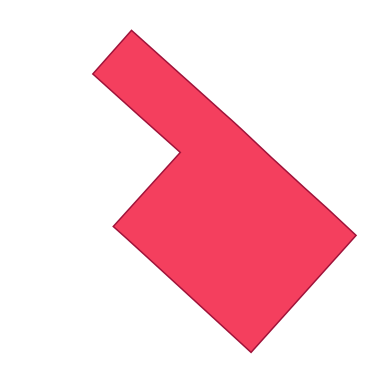 the district of Christian, Missouri, United States of America, rotated 41°
{"feature_id": "52423323B44672295900788", "entity_name": "Christian", "entity_type": "district", "adm_level": 2, "iso_a3": "USA", "parent_name": "United States of America", "parent_adm1": "Missouri", "projection": "equal_earth", "projection_center": [-93.267, 36.954], "detail": "fine", "context": "isolated", "style": "filled", "palette": "rose", "viewbox_px": 384, "rotation_deg": 41, "n_neighbors": 0, "source": "geoboundaries", "source_scale": "gbopen_adm2", "svg_char_len": 407}
<svg xmlns="http://www.w3.org/2000/svg" viewBox="0 0 384 384"><g transform="rotate(41 192 192)"><path d="M40.3,109.7L39.7,168.0L102.0,169.1L157.2,169.8L155.2,269.7L171.4,269.9L205.2,270.7L239.4,271.6L341.8,274.3L344.2,125.4L344.3,117.1L305.3,115.7L274.4,115.1L227.9,113.8L188.8,112.2L174.3,111.8L162.4,111.7L134.7,111.2L103.1,110.7L40.3,109.7Z" fill="#f43f5e" stroke="#9f1239" stroke-width="1.5"/></g></svg>